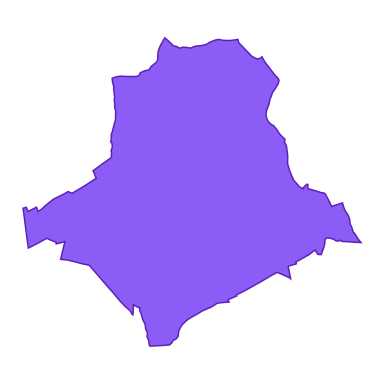 outline of Calafindesti, Suceava, Romania
{"feature_id": "2599482B65391270608519", "entity_name": "Calafindesti", "entity_type": "district", "adm_level": 2, "iso_a3": "ROU", "parent_name": "Romania", "parent_adm1": "Suceava", "projection": "albers", "projection_center": [26.102, 47.86], "detail": "fine", "context": "isolated", "style": "filled", "palette": "violet", "viewbox_px": 384, "rotation_deg": 0, "n_neighbors": 0, "source": "geoboundaries", "source_scale": "gbopen_adm2", "svg_char_len": 4940}
<svg xmlns="http://www.w3.org/2000/svg" viewBox="0 0 384 384"><path d="M361.0,242.5L359.8,241.1L357.9,238.7L357.3,237.7L356.7,236.7L355.3,234.6L354.2,232.9L353.3,232.3L353.1,231.7L351.8,227.4L351.3,226.1L350.6,225.1L350.1,223.8L349.9,221.9L349.8,219.8L348.6,216.4L347.8,214.7L346.6,212.8L345.3,211.0L344.1,208.3L343.2,205.4L342.5,202.9L339.0,204.0L331.7,206.4L328.5,200.0L325.2,193.8L323.9,193.0L320.8,192.5L315.5,190.8L310.6,189.4L308.1,188.6L307.9,188.2L307.8,186.3L307.9,185.0L307.9,184.5L307.1,184.2L306.4,184.7L305.8,185.5L305.3,185.8L304.3,186.5L303.7,187.5L303.2,188.7L299.7,187.0L294.1,180.7L292.6,177.8L291.3,174.7L289.7,170.8L289.0,168.4L287.7,164.2L287.6,163.1L287.7,157.7L287.6,154.7L286.4,145.7L285.9,144.8L285.5,144.1L285.0,143.2L284.9,142.9L284.5,141.1L284.5,140.6L284.8,140.5L284.8,139.4L284.8,138.8L283.8,138.3L282.1,136.5L280.3,134.7L278.9,132.9L278.2,131.7L276.8,129.5L273.5,125.5L272.8,125.3L271.4,124.6L268.8,122.2L267.9,120.8L266.9,118.6L266.5,117.4L266.1,115.0L266.0,113.9L266.6,110.5L268.0,106.6L268.8,105.0L269.2,103.3L269.5,101.5L270.1,98.8L270.7,97.5L271.7,95.1L272.3,93.1L273.1,91.6L274.1,90.4L275.6,88.2L277.7,84.7L278.8,81.7L279.0,80.4L278.5,78.8L274.5,74.6L270.8,69.7L265.1,62.3L261.9,56.8L261.1,57.7L260.1,58.4L259.0,58.5L257.3,59.0L256.5,58.6L254.8,57.9L252.0,56.4L249.8,54.1L243.7,47.8L240.3,44.4L238.7,42.5L238.3,41.5L238.1,40.1L238.0,39.7L237.8,39.3L236.8,39.6L231.8,40.3L230.1,40.5L229.0,40.5L225.3,40.4L223.5,40.4L220.0,39.7L219.1,39.5L218.0,39.5L214.5,40.3L211.9,41.4L210.8,41.9L209.6,42.3L208.1,43.4L207.3,43.9L204.8,44.8L204.0,45.0L203.1,45.3L201.1,45.7L200.0,45.7L199.0,45.9L197.3,45.9L195.3,46.3L193.9,46.6L191.8,47.7L190.9,48.0L189.5,47.9L185.6,47.3L184.6,47.2L183.0,47.2L181.9,47.5L180.9,47.9L179.9,48.0L179.4,48.0L178.2,47.4L176.4,46.4L174.9,46.1L174.3,46.1L173.8,46.1L169.5,42.0L167.2,39.8L164.8,37.8L160.9,44.6L159.0,48.9L158.5,50.5L158.1,51.9L157.9,54.7L157.8,57.0L157.8,58.8L157.6,59.9L157.2,61.1L156.3,62.3L153.9,64.3L151.5,66.2L150.0,68.2L149.1,69.6L148.5,70.1L146.9,70.2L144.0,71.1L141.0,72.4L140.1,73.1L139.3,75.0L138.6,75.8L137.1,76.3L134.2,76.5L132.4,76.6L130.3,76.4L128.4,76.6L124.3,76.3L121.3,76.2L118.1,76.4L113.9,77.6L112.1,78.3L112.6,82.5L113.8,86.7L113.7,88.4L113.7,90.1L114.1,92.3L114.3,94.4L114.7,97.2L114.2,99.4L114.3,100.1L114.6,102.3L114.6,104.6L114.8,107.9L115.3,110.0L115.7,110.9L115.7,111.8L115.5,113.9L115.7,115.5L115.6,116.6L115.5,117.6L115.6,118.7L115.3,120.1L115.1,121.7L114.5,123.0L114.0,125.1L113.2,128.0L112.4,131.5L111.3,134.4L111.3,138.2L111.1,140.3L110.8,141.4L110.9,142.4L112.0,143.5L112.2,145.1L112.3,146.7L111.9,148.1L111.8,149.2L111.5,149.8L111.1,150.3L111.2,151.4L111.4,152.0L111.6,152.6L111.5,154.0L111.3,155.4L111.5,156.5L111.6,157.3L103.6,163.0L93.0,170.8L93.3,171.2L94.0,172.8L96.2,178.3L90.3,182.1L86.1,184.9L81.6,187.7L74.4,191.9L72.9,192.7L72.5,193.3L70.9,192.8L68.1,191.6L65.8,192.9L64.1,193.9L57.0,197.4L53.1,199.4L45.4,205.6L41.5,209.3L38.0,211.5L36.5,207.2L33.5,208.7L28.1,211.4L26.2,207.3L26.1,207.2L25.9,207.3L24.5,207.9L24.1,208.1L23.6,208.1L23.0,208.2L23.8,213.5L25.8,229.4L27.3,240.6L28.3,248.1L37.5,243.4L46.5,238.5L46.9,238.4L51.2,240.3L56.1,242.3L56.2,243.9L60.2,242.9L64.9,241.6L63.0,249.5L60.6,259.3L62.0,259.5L67.3,260.0L70.0,260.6L73.7,261.5L81.9,263.7L89.3,265.3L101.2,279.1L105.3,283.9L109.4,288.6L112.9,292.5L116.9,297.3L120.1,301.2L123.1,304.3L125.1,306.4L129.5,310.2L130.7,311.7L132.2,314.4L132.8,314.9L133.3,311.6L133.2,309.3L133.3,307.8L133.5,306.3L133.3,304.7L135.9,306.2L138.5,307.6L140.0,307.9L139.8,308.7L139.5,310.1L140.8,313.0L141.6,315.0L142.1,317.6L142.9,319.9L144.3,322.7L145.1,324.5L145.4,326.3L145.5,328.1L146.1,330.0L146.9,331.7L147.4,332.8L147.3,334.5L147.0,336.4L147.4,337.8L148.6,340.0L148.9,342.1L149.1,344.3L149.4,345.4L150.0,346.2L151.3,346.0L155.5,345.9L159.3,345.6L162.4,345.5L164.4,345.4L166.0,345.1L168.3,345.1L169.9,344.7L171.3,343.4L172.0,342.3L173.1,340.5L174.5,339.7L175.8,339.2L176.9,338.0L177.6,337.2L177.9,336.7L178.2,335.4L178.4,334.7L178.4,333.6L178.7,332.1L178.7,331.5L178.8,330.9L179.8,328.6L181.1,326.4L181.9,325.3L182.7,324.1L184.5,322.5L187.2,320.0L187.3,319.9L188.3,319.2L192.4,316.7L197.5,313.9L202.0,311.1L206.0,309.3L210.6,307.4L211.9,306.7L217.3,303.2L224.1,302.4L229.1,302.0L228.0,299.7L236.8,295.9L236.4,294.8L243.7,291.3L249.7,288.0L253.7,285.7L260.8,281.8L268.3,277.3L271.8,275.2L275.4,273.4L276.5,272.7L277.5,272.7L278.0,272.6L278.7,272.9L281.7,274.3L290.0,278.0L290.6,278.6L290.5,277.9L288.2,266.6L288.9,266.0L296.3,263.8L296.2,263.1L295.9,261.8L296.4,261.8L298.7,260.4L300.1,259.7L301.8,258.7L303.5,257.8L305.4,256.7L307.1,255.7L308.6,255.0L315.1,250.0L316.7,252.8L317.5,254.2L319.6,254.6L321.3,254.5L322.0,252.4L324.3,246.0L325.0,241.3L324.9,239.4L327.1,237.9L330.0,238.2L334.2,239.4L335.1,240.4L336.6,241.0L338.4,241.1L340.8,240.2L342.1,241.5L348.2,241.7L349.3,241.8L352.7,242.1L354.5,242.2L360.1,242.5L361.0,242.5Z" fill="#8b5cf6" stroke="#5b21b6" stroke-width="1.5"/></svg>